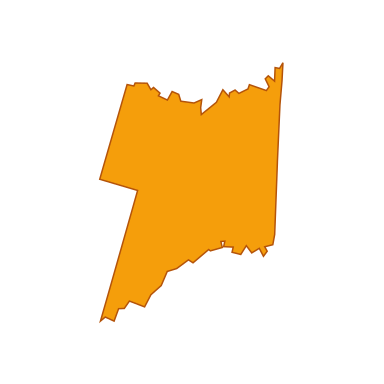 outline of Grant, Louisiana, United States of America, rotated 286°
{"feature_id": "52423323B37806009634223", "entity_name": "Grant", "entity_type": "district", "adm_level": 2, "iso_a3": "USA", "parent_name": "United States of America", "parent_adm1": "Louisiana", "projection": "mercator", "projection_center": [-92.542, 31.593], "detail": "fine", "context": "isolated", "style": "filled", "palette": "amber", "viewbox_px": 384, "rotation_deg": 286, "n_neighbors": 0, "source": "geoboundaries", "source_scale": "gbopen_adm2", "svg_char_len": 1034}
<svg xmlns="http://www.w3.org/2000/svg" viewBox="0 0 384 384"><g transform="rotate(286 192 192)"><path d="M42.7,139.6L47.9,143.1L46.4,152.7L59.6,153.6L61.4,159.0L69.9,161.9L68.5,178.1L81.9,180.8L93.6,188.2L108.8,190.1L114.2,198.4L125.8,207.3L124.2,212.5L141.3,223.9L140.5,225.9L147.0,236.4L152.4,233.4L153.8,237.1L148.2,237.5L150.4,246.8L145.1,247.1L145.4,256.1L155.4,259.0L149.9,266.2L156.4,272.2L149.9,278.4L155.8,280.6L159.4,277.0L163.6,284.2L173.9,283.2L243.7,266.0L244.8,265.7L300.1,252.5L323.6,247.9L341.3,243.8L334.9,242.1L334.5,237.6L321.3,240.8L324.7,233.3L321.0,231.2L314.4,237.1L310.0,235.5L311.0,217.6L306.5,217.4L299.7,209.9L301.9,205.3L297.5,200.8L293.7,201.5L298.8,193.5L284.9,190.7L269.0,179.6L275.4,177.1L283.5,175.9L278.1,169.4L276.2,156.2L282.2,152.3L283.1,145.2L273.6,143.0L275.2,133.2L278.2,134.0L281.9,126.2L279.0,124.3L284.2,118.9L281.1,107.3L277.9,106.9L277.4,100.0L194.1,99.8L178.8,99.8L178.5,138.0L178.5,139.3L160.2,139.4L73.9,139.6L42.7,139.6Z" fill="#f59e0b" stroke="#b45309" stroke-width="1.5"/></g></svg>